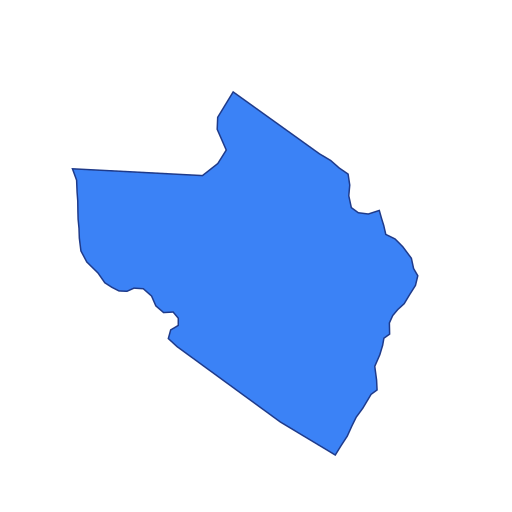 outline of Passagem, Paraíba, Brazil, rotated 133°
{"feature_id": "56859067B98745987234759", "entity_name": "Passagem", "entity_type": "district", "adm_level": 2, "iso_a3": "BRA", "parent_name": "Brazil", "parent_adm1": "Paraíba", "projection": "natural_earth1", "projection_center": [-37.042, -7.122], "detail": "fine", "context": "isolated", "style": "filled", "palette": "blue", "viewbox_px": 512, "rotation_deg": 133, "n_neighbors": 0, "source": "geoboundaries", "source_scale": "gbopen_adm2", "svg_char_len": 1023}
<svg xmlns="http://www.w3.org/2000/svg" viewBox="0 0 512 512"><g transform="rotate(133 256 256)"><path d="M347.5,62.3L336.4,64.5L325.5,66.4L314.5,70.1L305.5,72.8L294.4,74.1L278.7,77.5L271.4,76.1L264.5,83.2L255.7,93.9L243.8,98.1L234.9,102.5L228.9,106.4L222.0,105.0L214.0,112.8L206.3,115.4L198.4,115.8L189.8,115.1L179.5,117.3L168.8,119.3L160.1,124.2L157.7,132.2L151.7,140.8L149.1,155.1L148.7,165.9L151.7,175.8L146.5,183.5L142.8,190.0L138.6,196.9L148.7,202.5L154.6,210.7L155.6,219.3L148.7,229.2L140.2,235.8L133.3,244.5L134.9,255.2L135.2,266.3L138.0,279.3L151.6,384.6L180.7,378.6L189.8,370.8L198.8,350.0L214.4,347.0L233.7,350.0L317.4,449.7L322.9,438.9L331.4,430.3L337.4,423.8L344.9,416.6L350.4,411.2L356.5,404.3L363.4,397.4L371.7,387.5L375.8,375.6L376.2,359.9L378.7,348.3L377.2,340.1L375.0,332.4L369.8,326.3L362.7,323.3L356.8,316.1L356.5,305.1L360.8,295.2L360.4,285.0L353.5,278.4L354.5,270.4L359.8,265.5L368.2,268.0L376.2,263.8L376.1,251.7L360.8,125.0L347.5,62.3Z" fill="#3b82f6" stroke="#1e3a8a" stroke-width="1.5"/></g></svg>